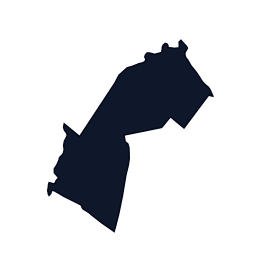 the district of Sepang, Selangor, Malaysia, rotated 218°
{"feature_id": "92858781B54424141725992", "entity_name": "Sepang", "entity_type": "district", "adm_level": 2, "iso_a3": "MYS", "parent_name": "Malaysia", "parent_adm1": "Selangor", "projection": "mercator", "projection_center": [101.701, 2.798], "detail": "fine", "context": "isolated", "style": "filled", "palette": "ink", "viewbox_px": 256, "rotation_deg": 218, "n_neighbors": 0, "source": "geoboundaries", "source_scale": "gbopen_adm2", "svg_char_len": 1660}
<svg xmlns="http://www.w3.org/2000/svg" viewBox="0 0 256 256"><g transform="rotate(218 128 128)"><path d="M180.8,92.0L179.2,88.9L176.6,87.1L173.5,86.3L171.4,85.1L170.6,81.9L170.0,78.5L168.0,74.7L164.8,71.5L164.1,69.9L163.3,68.2L163.3,65.9L163.6,63.8L163.6,62.2L162.5,60.0L162.2,58.7L161.6,56.3L161.2,54.3L161.0,50.7L158.5,47.4L151.9,46.1L152.0,44.6L152.3,42.9L151.7,40.4L151.7,38.6L153.0,37.9L156.5,36.4L155.7,34.3L154.3,32.2L152.6,29.0L151.3,28.3L151.0,27.6L149.4,26.5L148.7,26.3L148.6,27.4L148.5,28.8L149.2,30.3L149.5,32.5L147.2,33.2L145.1,33.5L142.7,33.9L136.8,34.6L117.5,38.5L115.4,37.2L114.1,36.7L112.9,36.6L106.6,37.3L103.3,37.1L101.4,37.1L99.0,37.1L97.1,37.1L94.8,37.1L92.7,37.1L90.2,37.1L75.2,37.9L77.6,43.6L82.3,54.3L90.7,71.2L100.7,89.6L105.0,99.1L108.3,104.8L115.1,113.0L118.5,115.4L121.8,115.4L126.8,120.0L101.8,149.2L101.5,163.0L83.9,162.5L84.7,201.1L84.7,203.5L83.2,204.2L80.7,205.3L80.8,205.4L80.6,205.3L87.2,208.8L89.8,209.6L94.1,209.7L96.9,210.1L99.6,210.8L102.6,212.0L106.8,213.4L110.3,214.4L113.5,215.1L116.6,215.8L119.8,217.1L123.1,218.4L125.8,219.0L128.4,220.8L129.7,222.9L129.9,224.9L130.3,227.3L131.6,228.2L140.3,229.7L140.6,227.1L139.9,226.5L138.0,224.0L136.9,222.5L138.8,221.0L140.6,219.2L142.7,218.1L144.5,216.8L146.2,216.2L147.3,217.5L148.6,218.2L150.8,217.5L151.3,214.9L150.6,212.7L149.3,210.8L148.0,208.4L149.1,206.6L151.0,204.2L152.3,202.4L154.8,201.4L157.2,200.3L159.1,199.0L159.3,196.4L158.4,194.2L156.5,193.5L155.6,191.8L155.8,189.8L157.1,187.6L158.9,185.5L160.2,183.1L161.5,181.1L162.8,178.7L164.3,176.9L165.7,174.8L167.6,164.1L166.0,155.5L160.8,91.5L180.8,92.0Z" fill="#0f172a" stroke="#020617" stroke-width="1.5"/></g></svg>